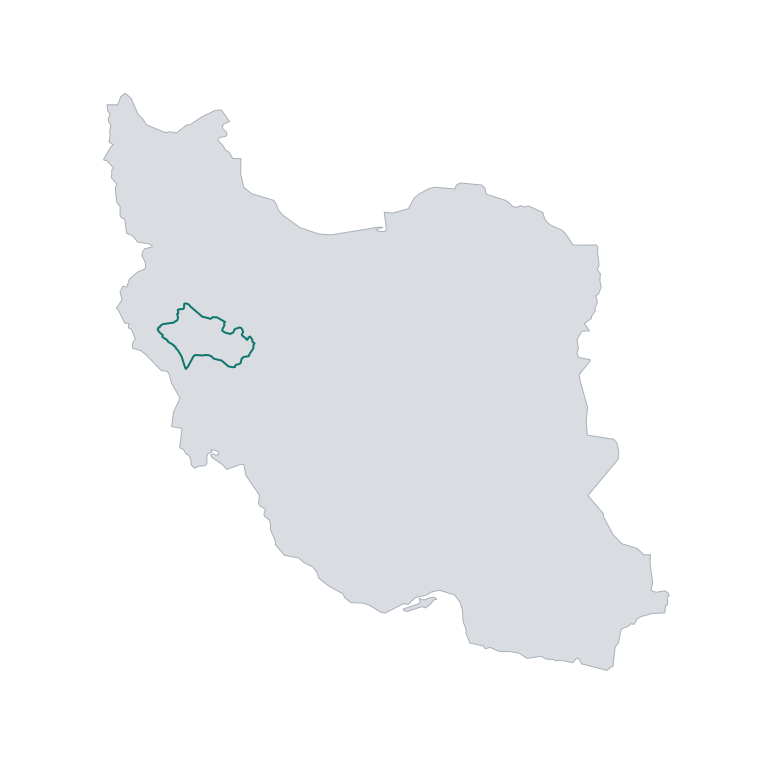 location of Lorestan within Iran, rotated 7°
{"feature_id": "IRN-3220", "entity_name": "Lorestan", "entity_type": "Province", "adm_level": 1, "iso_a3": "IRN", "parent_name": "Iran", "parent_adm1": "", "projection": "albers", "projection_center": [48.245, 33.479], "detail": "fine", "context": "in_parent", "style": "outline", "palette": "teal", "viewbox_px": 768, "rotation_deg": 7, "n_neighbors": 0, "source": "natural_earth", "source_scale": "10m", "svg_char_len": 5770}
<svg xmlns="http://www.w3.org/2000/svg" viewBox="0 0 768 768"><g transform="rotate(7 384 384)"><path d="M363.3,213.4L371.5,213.4L386.1,207.4L387.3,206.1L391.2,195.7L396.1,190.8L404.6,184.7L410.2,182.5L430.5,181.8L431.7,177.6L434.9,175.2L456.8,174.6L460.4,177.4L462.3,183.1L481.0,186.7L484.9,188.1L489.8,191.9L493.6,192.7L498.2,190.3L501.2,191.3L505.9,189.7L520.8,194.5L523.4,200.8L526.3,203.5L529.7,205.9L541.6,209.6L545.3,212.1L554.9,223.1L577.8,220.2L579.6,222.5L580.0,227.7L583.0,239.7L581.8,244.4L585.3,248.1L585.8,255.7L587.7,260.9L586.0,268.6L583.5,270.4L585.8,276.8L584.2,283.4L584.8,285.8L581.7,291.6L581.8,293.7L575.6,299.5L581.4,306.2L574.0,307.5L570.2,315.9L572.5,325.0L571.8,329.9L572.9,332.5L575.1,334.2L585.5,334.7L585.9,335.9L576.6,350.7L577.8,355.9L588.9,382.3L589.2,396.1L592.0,410.0L618.8,410.9L622.2,414.0L625.1,421.6L625.7,427.4L625.3,430.5L600.0,469.9L617.4,485.8L618.5,489.7L629.9,505.8L639.7,513.6L655.3,516.4L663.0,522.0L669.2,520.9L669.9,529.8L674.8,547.8L674.1,556.5L679.6,557.5L687.7,555.1L690.8,556.3L692.9,559.1L691.1,561.1L692.4,568.2L690.5,570.1L690.6,577.0L678.4,579.0L667.3,583.6L663.5,586.7L661.8,591.9L657.9,592.0L657.0,594.0L649.3,598.4L648.2,612.7L645.5,616.5L645.6,636.7L643.8,637.2L640.2,641.1L614.3,637.7L611.2,633.2L608.5,632.7L605.4,637.7L592.5,636.5L588.3,637.8L585.5,636.7L578.7,637.3L573.1,635.1L559.6,638.9L550.8,634.7L541.7,634.2L530.7,635.3L521.5,632.5L516.9,634.4L514.5,631.9L501.0,630.7L495.9,622.1L495.4,617.7L491.5,610.2L489.4,599.0L485.8,591.0L479.6,584.7L464.2,581.9L456.6,584.6L451.0,588.9L441.6,591.8L434.6,599.9L430.3,599.6L413.2,611.1L409.4,611.2L395.7,605.1L389.8,604.1L377.7,605.0L370.9,600.7L369.0,597.4L353.0,590.9L343.1,584.7L339.9,578.5L335.6,574.2L326.1,570.9L320.7,567.1L306.1,566.2L295.7,556.6L295.5,553.4L289.2,542.8L288.0,534.9L286.6,532.9L281.5,529.8L280.7,527.7L281.6,522.7L275.0,519.8L274.0,517.4L274.0,509.7L258.1,491.5L254.8,481.4L252.0,481.0L238.4,487.9L234.3,484.2L222.2,477.8L220.6,475.3L223.5,474.1L226.6,475.2L228.4,473.8L227.6,471.6L224.6,470.3L220.5,470.4L221.7,472.5L217.8,474.5L217.0,477.1L218.0,484.7L216.4,486.9L210.0,488.1L206.1,490.6L202.5,487.8L201.4,482.3L199.1,478.7L195.8,477.4L193.3,473.8L189.0,472.0L188.9,452.7L178.4,452.2L178.5,437.5L183.3,422.9L173.4,409.7L169.1,399.6L166.4,397.7L161.3,397.9L144.4,384.1L138.4,380.5L130.3,379.3L129.4,374.5L131.5,369.3L127.7,362.3L126.6,360.3L123.3,359.4L123.6,355.0L119.2,355.2L111.4,343.1L109.1,341.3L113.8,332.4L110.8,324.9L112.9,318.8L117.0,319.2L118.5,311.0L126.0,302.6L132.5,299.1L133.2,296.6L132.0,291.9L128.0,286.1L128.7,281.3L130.1,278.9L136.9,276.4L137.2,275.4L134.1,273.5L122.3,273.2L116.1,267.3L110.1,265.8L106.9,253.1L105.9,251.6L103.1,251.0L101.4,248.7L100.6,240.3L96.7,236.4L93.7,223.9L93.5,220.9L94.7,218.2L88.4,212.7L87.8,204.4L89.2,202.6L82.0,196.3L78.7,195.9L78.4,194.9L83.8,182.3L86.0,179.4L81.6,177.4L81.9,171.1L80.9,165.8L81.5,160.8L78.7,157.1L78.0,154.8L79.2,149.3L76.5,146.5L75.1,140.6L85.7,139.4L87.9,130.5L91.8,126.9L98.2,131.4L107.1,146.3L112.6,150.7L116.6,155.7L136.4,161.2L140.7,159.7L147.5,160.1L156.3,151.2L160.2,150.1L170.3,141.3L182.9,133.1L189.2,131.8L198.6,142.3L193.2,145.5L192.3,148.1L192.9,150.6L197.2,153.3L197.7,156.3L196.3,157.7L190.7,159.3L189.2,162.3L195.2,167.1L198.1,171.2L201.4,172.2L206.5,178.6L214.5,177.7L216.2,193.1L220.9,205.9L229.5,211.3L251.9,215.1L254.4,217.6L258.2,224.5L264.0,229.4L281.6,239.0L300.9,243.1L313.6,242.4L359.8,228.9L364.1,228.6L357.3,231.8L360.0,233.0L366.0,232.7L367.3,231.4L367.4,229.5L363.3,213.4ZM459.5,592.5L456.7,597.2L452.4,601.2L448.7,600.3L435.1,606.8L431.3,606.7L430.7,605.0L445.7,597.6L446.3,595.9L445.2,592.6L450.2,593.6L455.5,590.5L460.1,589.5L462.4,591.2L459.5,592.5Z" fill="#d9dde1" stroke="#a8b0b8" stroke-width="1"/><path d="M250.5,359.5L249.8,361.0L249.8,363.0L249.9,364.6L246.8,370.9L246.7,371.8L246.6,372.5L245.9,373.0L241.3,374.3L239.6,376.4L239.1,380.8L237.7,381.9L235.2,382.8L234.5,383.2L234.1,384.0L233.9,384.9L233.9,385.3L231.6,385.8L227.3,385.4L220.0,380.5L213.1,379.8L211.2,379.2L209.6,377.7L206.4,376.7L203.1,377.0L200.9,377.7L193.3,378.2L191.6,379.5L187.3,390.6L185.6,393.1L185.2,392.8L184.6,391.9L179.7,381.3L176.0,376.5L175.0,375.3L174.6,375.1L174.0,374.9L173.6,374.5L173.0,373.3L172.3,372.4L171.9,372.3L171.5,372.2L171.1,372.1L170.9,371.6L170.6,371.2L166.8,369.3L165.5,369.0L164.7,368.5L164.1,367.9L164.1,367.4L163.6,367.2L162.1,366.0L161.9,365.8L161.8,365.7L161.5,365.6L161.3,365.6L161.2,365.8L160.8,365.8L160.7,365.6L160.6,365.4L159.4,364.9L158.9,364.7L158.5,364.3L158.1,363.8L158.0,363.5L158.3,362.8L158.4,362.5L158.3,362.2L158.0,362.0L156.3,361.0L155.6,360.7L154.8,359.7L153.9,359.2L153.2,357.9L152.7,357.6L152.7,357.4L153.2,355.9L153.3,355.4L153.8,355.2L154.4,355.1L155.1,353.4L157.0,351.6L167.8,348.7L168.4,347.9L170.1,346.7L170.9,346.0L171.3,345.1L171.4,344.0L171.2,342.1L170.5,340.5L170.1,339.9L170.6,339.6L171.1,338.8L170.9,338.6L170.9,338.2L171.0,337.5L171.0,337.1L170.8,336.8L170.6,336.5L170.4,336.3L170.3,335.9L170.5,335.4L172.3,334.5L174.5,334.4L176.0,333.7L176.2,331.6L175.9,329.6L176.0,328.8L176.6,328.4L177.5,328.2L179.6,328.5L180.3,328.8L181.6,329.7L182.3,330.6L195.4,339.3L202.2,340.1L203.3,340.5L204.2,340.3L205.8,338.6L206.6,338.4L208.2,338.5L210.2,338.2L218.6,341.8L218.2,342.6L217.9,343.8L218.3,344.7L218.4,345.6L217.2,348.4L217.0,349.3L216.8,350.2L217.2,350.9L218.8,351.8L220.8,352.6L224.3,352.8L225.2,353.1L227.6,351.6L228.2,350.9L229.2,347.7L230.6,346.9L232.2,346.3L233.8,345.4L235.5,345.9L236.8,347.5L237.7,349.0L237.7,349.9L237.3,351.0L236.9,352.1L237.2,353.0L238.3,353.8L240.6,355.0L241.7,356.1L242.6,356.8L243.3,356.3L243.5,355.3L244.1,354.1L245.2,353.3L245.9,353.8L246.4,354.6L247.4,355.4L248.0,356.1L248.0,357.1L248.3,358.2L250.2,359.2L250.5,359.5Z" fill="none" stroke="#0f766e" stroke-width="2"/></g></svg>